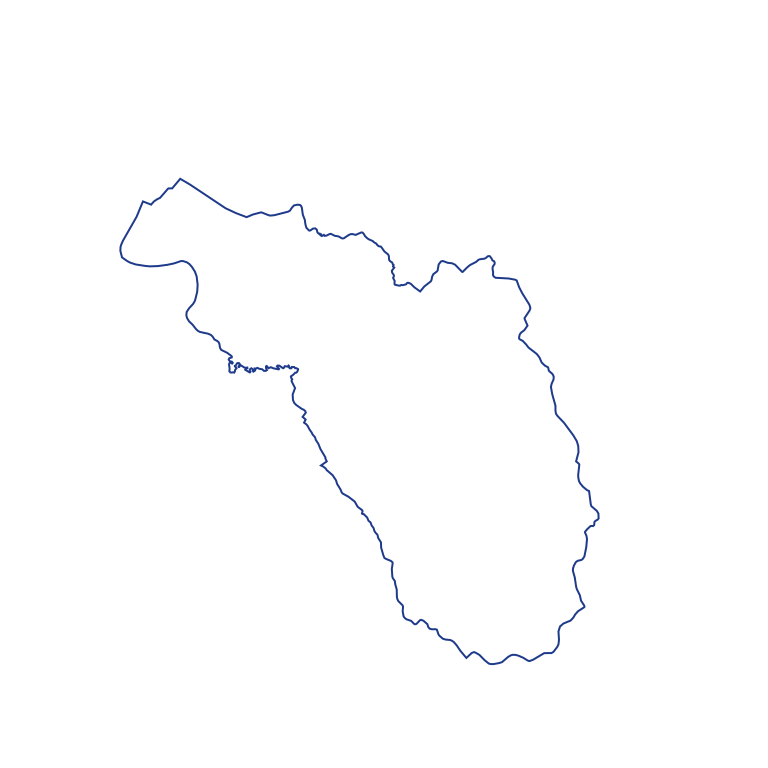 the district of Thap Put, Phangnga, Thailand, rotated 130°
{"feature_id": "78962969B9320754412882", "entity_name": "Thap Put", "entity_type": "district", "adm_level": 2, "iso_a3": "THA", "parent_name": "Thailand", "parent_adm1": "Phangnga", "projection": "mercator", "projection_center": [98.637, 8.519], "detail": "fine", "context": "isolated", "style": "outline", "palette": "blue", "viewbox_px": 768, "rotation_deg": 130, "n_neighbors": 0, "source": "geoboundaries", "source_scale": "gbopen_adm2", "svg_char_len": 6145}
<svg xmlns="http://www.w3.org/2000/svg" viewBox="0 0 768 768"><g transform="rotate(130 384 384)"><path d="M496.7,315.9L497.1,311.1L498.7,308.0L498.7,305.3L500.2,302.8L501.1,299.3L502.8,296.8L503.4,294.8L503.7,292.1L505.7,289.4L507.3,284.5L511.2,281.0L515.7,274.3L517.0,271.8L516.6,269.7L515.1,265.1L515.1,262.9L515.8,262.1L520.7,259.1L526.3,253.7L527.0,252.5L528.0,249.0L530.3,246.5L533.2,242.2L539.1,237.0L540.4,235.1L541.1,233.5L541.6,227.6L542.3,226.3L546.0,223.7L549.2,219.9L549.8,218.4L549.9,215.8L548.0,210.9L548.4,206.9L548.2,205.9L547.3,205.1L546.4,204.9L541.9,204.6L540.8,204.0L540.0,201.6L540.1,196.4L541.7,193.9L542.1,191.7L541.0,189.5L538.7,186.9L538.2,185.6L540.8,181.3L541.2,180.0L541.3,175.2L540.2,172.6L537.6,168.8L537.0,166.9L536.8,164.5L537.5,160.3L539.3,154.0L540.9,144.8L533.7,143.9L531.5,142.7L531.0,141.4L530.2,136.7L530.9,129.2L530.8,124.1L530.0,122.3L528.3,120.2L524.0,116.6L521.2,114.8L513.3,113.5L510.2,112.4L508.7,111.3L507.0,109.2L505.7,106.4L504.2,101.3L503.5,96.3L502.8,94.5L499.5,92.6L487.2,88.3L482.4,82.7L480.1,82.0L473.9,82.3L471.3,83.0L467.5,85.5L461.4,91.3L456.6,93.3L452.2,92.6L445.3,89.0L441.3,88.8L437.6,89.4L433.3,89.3L426.2,87.1L425.5,87.5L425.0,88.3L423.3,93.8L420.0,98.1L417.1,104.6L415.7,106.6L409.5,113.6L405.7,119.2L403.7,120.7L400.9,121.8L397.4,122.5L396.2,122.4L394.5,121.7L392.1,119.8L390.6,119.3L387.4,119.6L379.1,124.1L372.3,128.8L370.1,131.4L368.5,134.7L367.9,135.0L364.8,135.0L360.2,134.5L359.5,134.0L358.4,132.5L357.0,132.3L354.4,134.1L352.8,134.0L350.4,133.1L349.0,133.2L345.4,136.5L344.4,139.4L344.3,146.6L343.3,148.2L334.2,158.1L334.8,160.2L334.8,165.5L334.1,169.5L333.1,172.1L330.9,174.9L329.0,176.7L320.3,182.5L319.8,183.6L319.8,187.1L311.3,191.1L306.7,195.3L303.9,199.5L301.7,205.8L298.0,221.2L297.0,230.2L296.5,232.4L295.8,233.7L293.9,235.8L290.4,238.7L283.8,248.4L278.9,254.3L275.9,255.8L271.6,257.0L269.4,258.6L268.5,260.1L268.0,261.9L268.0,265.5L267.6,266.7L266.2,268.3L265.8,269.3L266.5,272.5L266.2,277.0L263.7,282.1L262.8,286.3L263.2,296.8L262.3,300.8L261.8,305.4L262.5,308.8L262.4,309.6L261.0,310.8L258.6,311.9L256.4,312.0L252.6,311.1L247.0,311.6L243.7,318.2L243.1,318.7L234.2,319.7L231.8,320.6L229.8,323.6L225.6,336.5L223.0,342.7L219.4,348.9L219.8,350.6L223.1,356.4L230.9,366.8L231.1,368.8L230.6,370.4L228.1,372.4L226.0,374.9L224.2,376.1L221.0,376.4L220.0,377.1L219.2,378.5L219.6,380.4L218.6,382.6L218.1,385.1L218.4,385.7L219.5,386.6L222.0,387.0L223.4,387.6L226.9,390.8L228.3,391.5L231.2,391.9L237.4,394.5L240.8,395.2L247.6,395.8L247.9,396.2L246.9,406.2L247.8,409.5L250.2,413.1L252.0,418.1L253.5,419.1L257.2,419.0L262.6,415.9L263.8,415.8L268.1,416.8L270.9,416.1L273.5,414.6L275.2,414.1L283.3,415.8L289.9,415.8L290.4,422.9L290.0,428.0L290.9,430.6L291.6,431.2L293.5,431.2L296.2,433.1L297.1,434.5L298.2,434.8L299.3,436.2L300.9,439.5L300.6,440.3L298.2,442.1L296.9,445.2L294.8,445.8L294.1,446.9L293.5,449.3L292.2,450.8L288.2,451.0L288.2,452.6L286.7,453.1L286.8,453.9L285.7,455.7L286.0,458.4L285.6,459.9L282.9,462.5L282.1,464.0L282.2,468.9L280.8,474.2L280.8,474.8L281.8,476.5L281.9,478.3L281.4,480.1L281.9,483.0L281.7,484.5L283.0,488.9L283.1,490.9L282.9,493.7L282.0,495.9L281.8,497.8L282.6,498.9L287.9,501.5L289.6,504.8L290.7,505.9L292.8,506.9L298.1,508.4L299.0,509.1L299.5,510.0L300.2,513.8L302.1,516.9L303.1,521.2L304.0,522.0L307.2,523.4L308.7,524.7L308.4,525.9L310.6,526.7L310.8,527.9L310.0,528.0L309.8,528.7L310.6,529.5L310.2,530.1L310.8,530.7L310.8,531.7L310.6,532.5L308.9,534.9L309.0,536.7L310.6,538.3L313.9,539.2L314.6,540.0L314.2,543.9L312.0,547.1L309.2,550.1L306.5,555.0L301.8,560.2L300.8,562.2L300.9,563.6L302.4,565.7L305.0,567.7L307.7,567.9L311.7,567.5L313.6,568.2L325.3,576.6L328.1,579.4L328.8,580.7L331.2,587.9L331.8,588.7L338.3,593.3L344.5,596.5L348.2,607.1L351.2,618.3L355.9,660.7L357.8,672.0L370.3,672.0L372.7,674.8L373.3,675.0L385.3,675.2L388.5,676.6L392.1,677.6L396.3,677.7L399.1,686.0L415.0,681.0L442.0,676.1L446.1,674.9L448.4,673.9L451.5,671.5L455.4,666.1L454.9,659.9L454.2,656.5L452.0,651.0L446.9,642.6L444.4,639.0L439.0,633.0L432.0,626.6L426.5,622.3L420.4,618.6L419.2,617.3L418.2,615.0L417.5,613.2L417.2,610.2L417.8,606.3L419.4,601.2L422.0,596.7L427.7,590.6L433.4,586.4L440.3,583.0L442.3,582.2L445.6,581.7L451.2,582.0L455.5,581.5L458.3,579.7L460.0,577.4L461.3,573.7L461.6,568.9L462.8,563.1L462.9,560.7L462.5,558.6L458.5,551.0L457.7,548.2L457.8,546.0L458.9,542.5L458.2,539.2L458.3,537.5L459.0,536.0L461.7,532.9L462.5,530.6L460.9,524.2L460.6,518.9L460.9,518.1L461.5,517.7L463.7,519.1L465.1,518.7L465.7,516.8L464.7,514.9L465.0,513.5L466.0,513.5L466.1,515.0L466.6,515.6L467.4,515.8L468.6,515.3L471.5,512.1L473.6,510.7L473.9,509.2L473.4,508.3L471.9,507.0L471.6,506.1L470.3,506.3L468.6,507.2L466.9,507.0L466.3,508.0L466.4,509.5L466.0,509.9L464.5,509.5L462.9,509.9L461.8,509.4L461.2,508.5L461.4,507.4L464.2,506.6L464.4,506.2L463.9,505.8L462.2,506.1L461.7,505.8L461.2,501.8L460.4,500.2L459.3,499.3L459.7,498.8L461.3,499.7L462.3,499.5L461.5,494.4L461.2,494.1L460.5,494.2L460.3,495.1L459.5,495.9L458.3,496.1L457.2,495.7L457.1,493.6L458.4,493.0L458.5,492.0L456.5,491.4L455.2,493.0L454.2,491.7L453.1,491.5L452.4,489.1L451.0,486.7L451.1,484.4L449.9,483.0L448.6,482.6L447.9,484.2L446.8,485.4L446.3,485.7L445.6,485.4L446.1,482.6L443.9,481.5L443.1,478.9L440.5,474.1L439.8,474.1L439.3,477.4L438.3,477.4L437.2,475.9L436.8,471.4L436.1,471.1L434.2,471.5L432.8,469.2L431.2,469.0L431.3,468.4L432.3,467.4L432.5,466.2L431.5,465.1L430.6,465.7L430.2,465.6L428.7,463.5L429.0,462.2L428.3,461.5L427.8,459.6L428.1,459.1L430.6,458.3L431.9,458.6L432.5,459.3L435.4,459.5L438.0,460.2L439.0,459.0L439.4,457.3L440.4,457.2L441.3,456.5L444.3,449.5L450.8,447.2L454.8,443.4L456.2,440.6L456.5,437.7L455.9,430.9L455.3,428.9L455.4,426.8L456.2,425.5L461.5,425.2L461.6,421.2L465.0,420.4L464.8,417.6L465.2,415.5L466.8,411.6L467.7,408.1L468.6,406.2L469.1,402.7L470.7,400.2L472.0,395.9L474.7,390.8L477.9,381.7L478.9,380.7L480.1,378.1L486.9,379.9L486.3,377.3L486.2,374.6L486.8,372.5L486.9,364.6L488.7,358.7L490.7,355.7L492.7,349.6L494.2,346.8L494.5,345.4L493.2,338.6L492.9,330.9L495.0,325.2L494.7,319.5L495.2,318.7L497.4,317.6L497.4,317.0L496.7,315.9Z" fill="none" stroke="#1e3a8a" stroke-width="2"/></g></svg>